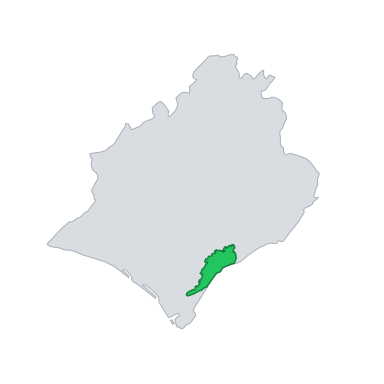 Comoe on a map of Ivory Coast (Equal Earth projection), rotated 45°
{"feature_id": "CIV-3460", "entity_name": "Comoe", "entity_type": "Department", "adm_level": 1, "iso_a3": "CIV", "parent_name": "Ivory Coast", "parent_adm1": "", "projection": "equal_earth", "projection_center": [-3.5, 6.565], "detail": "fine", "context": "in_parent", "style": "filled", "palette": "green", "viewbox_px": 384, "rotation_deg": 45, "n_neighbors": 0, "source": "natural_earth", "source_scale": "10m", "svg_char_len": 6244}
<svg xmlns="http://www.w3.org/2000/svg" viewBox="0 0 384 384"><g transform="rotate(45 192 192)"><path d="M113.3,76.9L114.3,76.8L116.8,75.9L119.0,73.6L121.2,69.0L124.1,65.3L127.3,65.6L128.2,64.9L129.3,64.8L130.7,67.2L132.0,69.1L133.0,69.1L133.7,72.6L139.5,74.1L142.0,75.1L144.2,77.7L144.9,77.7L145.8,77.2L146.5,76.3L146.6,75.3L145.7,73.0L146.1,70.9L147.1,69.0L148.6,68.9L150.9,68.4L153.5,68.4L155.4,68.7L156.2,66.9L155.5,61.6L155.7,58.7L156.0,56.3L156.7,55.3L159.6,58.4L162.3,59.5L164.2,59.6L164.7,59.0L163.9,55.7L164.1,54.6L164.8,54.1L166.1,53.7L169.5,52.4L169.8,52.6L170.5,57.9L170.2,59.6L170.9,63.2L171.7,66.5L171.7,67.8L170.9,69.9L170.1,71.8L170.2,72.6L171.5,73.8L174.1,75.2L176.8,75.5L178.3,73.5L179.8,72.0L180.9,70.6L181.3,68.5L183.0,67.0L187.8,65.1L192.3,64.8L193.4,65.4L195.4,68.3L197.9,70.3L201.8,70.0L204.6,71.2L207.1,73.4L208.7,78.4L210.5,81.9L211.3,87.0L214.1,89.7L216.3,90.9L219.3,94.6L222.4,96.5L225.7,96.1L227.2,98.0L229.6,99.4L232.0,99.5L234.1,95.2L236.9,93.5L243.9,90.1L246.7,88.6L249.5,87.6L256.3,87.3L262.7,88.3L265.8,89.1L268.0,88.5L270.0,90.6L272.1,94.8L273.8,96.2L275.6,97.6L276.9,101.0L278.4,104.3L279.3,105.8L281.2,109.1L282.8,109.1L284.4,107.7L285.1,106.6L285.4,108.8L284.8,112.3L284.9,114.5L285.8,115.3L285.3,118.1L283.5,122.9L283.4,125.7L285.3,126.6L286.6,129.6L287.4,134.7L288.2,136.4L288.3,137.5L289.6,149.9L291.3,162.3L290.3,164.0L288.8,164.4L287.9,165.0L287.6,166.2L288.2,167.9L287.8,169.4L286.0,170.5L282.1,174.5L281.8,176.0L280.8,179.4L279.9,181.5L278.6,185.3L276.6,195.4L275.8,203.7L275.7,206.3L274.9,208.1L274.0,210.7L269.8,217.9L267.6,223.8L267.9,226.3L268.0,228.9L267.3,230.7L267.4,235.7L268.0,239.8L268.7,243.9L271.8,255.4L273.4,262.4L274.5,268.1L275.3,271.9L276.2,273.4L276.5,274.9L281.1,275.9L282.0,276.8L283.3,284.1L283.1,287.4L282.2,288.7L282.2,291.5L282.0,295.0L281.3,296.4L278.7,296.6L277.0,297.9L274.7,297.4L274.4,296.5L273.2,296.2L269.8,294.2L270.3,287.8L268.8,287.5L267.5,288.4L265.1,296.1L264.0,297.4L246.9,293.4L243.2,290.2L238.8,289.5L231.0,289.9L224.6,290.8L222.8,292.8L238.9,291.6L240.6,291.8L241.5,293.0L221.1,295.5L213.3,297.0L211.0,296.6L209.3,294.2L200.8,293.9L199.1,294.7L198.1,296.5L201.4,296.1L206.6,296.0L208.0,297.4L191.6,299.2L180.2,302.6L175.4,305.2L159.5,313.6L149.8,317.6L147.3,319.0L142.9,323.1L137.2,325.7L130.8,330.5L127.0,331.6L126.1,330.1L126.0,321.9L125.5,311.0L125.7,306.8L126.2,302.8L126.2,299.6L128.2,298.4L128.7,297.0L129.0,292.7L130.8,288.9L130.8,282.1L131.4,280.7L131.8,278.9L131.0,274.5L130.1,266.2L129.6,265.6L129.1,266.0L128.1,266.1L124.1,263.2L121.1,262.7L118.9,260.3L118.8,257.5L117.7,255.8L117.0,252.6L115.9,248.9L112.9,246.6L110.1,246.1L108.1,246.6L105.7,246.4L103.0,245.2L101.1,243.8L99.3,241.1L97.7,238.9L96.4,239.2L94.8,238.6L93.2,237.7L92.7,236.9L99.3,228.2L101.6,224.0L101.8,221.4L101.8,218.8L102.6,216.1L102.8,212.1L99.2,197.2L98.3,192.7L97.3,191.3L96.7,190.8L98.5,188.9L101.1,189.4L105.0,190.9L105.8,189.4L108.8,182.0L108.7,179.2L108.4,177.3L110.2,172.2L111.6,170.2L112.3,168.0L112.1,165.1L111.0,164.0L109.7,164.2L108.0,163.5L105.6,161.8L104.3,160.4L104.7,153.6L105.0,151.5L105.8,150.3L107.2,150.0L111.1,149.8L114.2,150.5L116.9,151.0L118.4,151.0L119.6,153.0L121.1,155.0L122.5,155.0L123.0,153.5L122.7,146.8L121.8,143.3L119.7,139.9L114.3,137.0L114.2,133.0L114.8,128.6L116.0,126.9L120.0,124.2L119.3,122.7L118.0,121.1L115.5,119.4L116.1,114.2L116.2,109.5L114.1,110.0L111.8,110.3L110.0,108.9L108.4,106.0L108.2,98.2L108.2,89.1L107.9,85.1L108.5,83.0L110.5,81.0L112.6,78.5L113.3,76.9ZM272.5,297.5L271.6,299.2L267.3,298.1L268.3,296.6L272.5,297.5Z" fill="#d9dde1" stroke="#a8b0b8" stroke-width="1"/><path d="M272.1,212.9L271.7,213.3L267.9,221.9L267.4,223.6L267.3,225.2L267.5,225.6L267.9,226.3L268.3,227.5L268.4,227.8L267.8,230.2L267.6,230.5L267.0,230.9L266.8,231.4L266.7,232.1L269.3,247.6L269.7,248.2L268.4,251.4L268.1,252.5L268.1,252.8L268.2,253.6L268.2,254.2L268.2,254.6L268.1,254.9L268.0,255.0L267.8,255.4L267.5,255.7L267.2,256.4L265.2,262.8L262.8,268.0L262.7,268.2L262.6,268.3L262.4,268.4L261.1,268.8L260.7,268.4L260.4,268.1L260.1,267.7L260.0,266.6L260.0,266.3L260.1,265.4L260.2,264.7L261.3,261.9L261.3,261.5L261.4,260.9L261.5,260.5L261.7,260.3L262.1,260.2L262.4,260.0L262.7,259.1L262.7,258.2L262.4,257.5L261.8,257.1L261.9,256.9L262.0,256.4L262.1,256.2L261.6,256.4L261.4,256.5L261.5,255.7L261.8,255.2L262.3,254.8L262.5,254.3L262.4,252.0L262.1,251.7L261.6,250.2L261.2,249.9L260.8,250.2L260.6,250.9L260.3,250.8L260.3,250.7L260.1,250.2L259.9,249.7L259.7,249.6L259.6,249.2L259.5,248.9L259.7,248.7L260.3,248.6L260.4,248.4L260.2,248.0L259.7,246.2L259.0,244.7L257.6,242.7L257.2,243.7L256.7,243.7L256.0,243.4L255.4,243.6L255.0,241.4L254.8,241.3L254.2,240.4L254.0,240.1L253.9,239.8L253.8,239.6L253.8,239.2L254.0,238.9L254.2,238.6L254.2,238.3L254.0,236.3L253.9,235.9L253.7,235.6L253.6,234.9L253.6,234.6L253.4,234.4L253.0,233.9L252.9,233.7L252.9,233.1L253.2,231.8L253.1,231.3L252.8,230.9L252.5,231.1L252.0,231.9L251.8,231.9L251.1,231.9L250.6,232.0L250.2,232.2L250.0,231.7L249.9,231.4L249.8,230.8L249.6,230.2L249.1,229.7L250.1,229.2L250.2,228.2L249.3,225.8L250.7,224.0L250.8,223.7L251.2,223.4L250.8,222.8L250.3,222.2L250.0,221.9L250.1,221.2L250.5,220.4L250.9,219.8L251.2,219.5L251.5,219.2L251.4,218.4L251.1,217.5L250.7,217.1L250.5,218.1L250.1,218.1L249.8,217.4L250.0,216.2L250.8,215.3L252.0,215.0L252.4,214.6L252.6,214.0L253.0,213.6L253.6,213.2L254.6,213.1L255.0,212.7L255.1,211.7L256.3,212.2L256.7,212.2L256.5,211.4L256.8,211.2L256.9,210.6L256.8,210.4L256.5,210.5L256.3,210.7L256.3,210.8L255.3,210.6L255.0,210.4L254.7,209.9L254.5,209.5L254.2,208.1L254.2,207.5L254.5,206.9L254.9,206.6L255.3,206.8L255.4,207.5L255.7,207.3L255.9,207.1L256.1,206.9L256.3,206.3L256.4,205.7L256.4,205.3L256.3,204.8L256.3,203.5L256.3,203.3L257.2,203.0L257.8,203.0L258.1,202.8L258.3,202.1L258.1,202.1L258.1,201.9L257.8,202.0L257.6,202.1L257.5,201.1L257.8,200.5L258.9,200.1L259.0,200.0L259.7,200.3L259.9,200.2L260.2,200.4L260.3,200.4L260.6,200.4L260.8,200.6L261.2,200.9L261.4,201.1L261.6,201.3L262.1,203.6L262.1,203.8L262.3,204.1L262.7,204.5L263.2,205.4L263.4,205.5L263.6,205.4L263.9,204.9L264.1,204.4L264.5,204.3L265.2,204.5L267.6,205.5L268.0,205.8L268.7,206.5L269.8,207.4L270.3,208.0L270.7,208.6L272.1,212.1L272.1,212.9L272.1,212.9Z" fill="#22c55e" stroke="#15803d" stroke-width="1.5"/></g></svg>